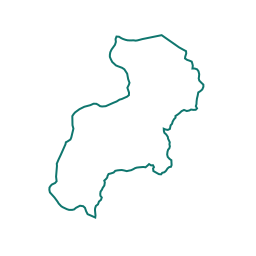 outline of Igarapava, São Paulo, Brazil, rotated 293°
{"feature_id": "56859067B81849499213917", "entity_name": "Igarapava", "entity_type": "district", "adm_level": 2, "iso_a3": "BRA", "parent_name": "Brazil", "parent_adm1": "São Paulo", "projection": "robinson", "projection_center": [-47.694, -20.068], "detail": "fine", "context": "isolated", "style": "outline", "palette": "teal", "viewbox_px": 256, "rotation_deg": 293, "n_neighbors": 0, "source": "geoboundaries", "source_scale": "gbopen_adm2", "svg_char_len": 2562}
<svg xmlns="http://www.w3.org/2000/svg" viewBox="0 0 256 256"><g transform="rotate(293 128 128)"><path d="M90.6,76.4L88.6,76.8L76.7,76.6L72.0,76.4L70.0,76.4L67.3,76.4L65.4,77.4L55.1,80.8L51.1,83.1L48.9,82.4L46.2,80.0L44.6,79.4L42.5,79.0L40.3,79.8L38.2,81.3L35.3,87.5L32.7,91.9L31.4,93.7L29.9,97.1L29.6,98.9L29.4,103.4L29.6,105.7L30.9,108.7L32.0,110.2L34.2,111.3L37.7,114.2L38.5,117.3L37.7,119.6L35.1,121.9L32.9,124.5L32.9,128.5L32.8,132.8L34.9,132.2L36.9,131.1L39.7,129.6L41.3,129.1L43.7,128.9L46.0,130.2L48.9,130.0L51.4,131.2L53.8,131.0L54.8,129.1L56.5,128.2L58.8,127.6L61.0,128.1L63.0,128.1L65.8,128.7L68.9,127.9L70.3,126.7L72.2,127.6L74.2,128.2L76.0,127.9L78.1,128.1L79.4,129.9L81.4,132.2L83.6,133.0L84.9,134.9L86.0,136.9L86.9,138.7L87.4,141.0L87.8,143.7L89.1,145.5L90.4,147.4L92.2,149.0L93.8,150.2L95.0,151.6L96.2,153.7L97.3,155.8L98.1,157.3L98.7,159.5L101.1,160.7L103.0,161.5L102.6,163.9L103.5,165.5L102.1,167.2L100.5,166.9L98.3,168.2L97.6,174.5L98.3,176.6L100.1,177.0L101.5,178.8L103.4,179.7L106.2,180.2L108.1,181.2L109.1,182.7L111.0,182.6L113.4,181.4L115.3,180.5L115.8,178.3L116.9,175.9L118.9,174.4L121.7,173.6L123.9,173.4L125.3,174.0L127.5,173.7L129.2,172.5L131.2,172.0L132.4,170.7L133.8,169.1L135.4,168.1L137.0,165.7L137.8,163.4L139.1,162.3L141.3,161.2L141.3,163.2L141.8,165.4L143.5,166.9L147.1,166.2L149.1,166.9L151.3,166.6L153.9,166.9L156.1,167.7L157.6,167.0L160.0,168.6L162.0,169.7L164.4,170.7L166.5,172.5L166.6,175.5L168.1,177.6L169.6,178.8L170.2,181.0L171.2,183.2L173.0,183.9L174.6,181.9L176.7,181.7L179.1,180.8L181.9,180.0L185.0,179.5L188.2,178.8L190.2,180.2L192.5,181.3L195.4,181.3L197.4,180.4L198.3,177.9L199.5,175.1L201.3,173.7L203.0,173.3L205.4,172.5L207.8,170.7L209.0,168.6L208.8,166.1L207.9,164.1L210.7,163.3L212.5,162.0L214.0,160.7L214.0,158.2L213.8,155.8L214.3,153.3L216.0,152.8L219.3,152.5L221.4,151.4L221.7,148.0L222.2,143.4L226.6,122.7L215.4,106.4L213.6,104.1L212.3,102.4L211.4,100.9L210.9,98.9L209.6,96.1L208.6,93.5L208.2,91.3L208.0,88.5L208.1,86.5L208.5,84.1L207.7,81.7L205.0,81.8L202.5,83.2L199.5,83.5L193.8,82.2L190.8,82.1L188.3,82.7L186.4,83.5L184.8,85.1L182.6,87.7L181.8,90.0L180.9,92.4L180.9,94.5L181.1,99.0L180.6,101.7L177.7,106.0L175.1,107.7L173.0,109.1L170.2,111.7L168.1,111.9L164.8,111.7L161.0,115.1L158.6,116.0L156.5,114.9L152.2,110.9L150.8,109.1L148.0,107.2L145.5,104.7L139.4,99.0L137.7,95.8L137.2,93.8L137.7,91.6L137.9,89.4L136.9,86.8L134.3,84.4L130.5,79.5L126.4,76.0L121.7,73.2L119.5,72.5L117.2,72.1L108.9,75.8L106.1,78.0L97.1,79.5L94.9,79.5L91.9,77.5L90.6,76.4Z" fill="none" stroke="#0f766e" stroke-width="2"/></g></svg>